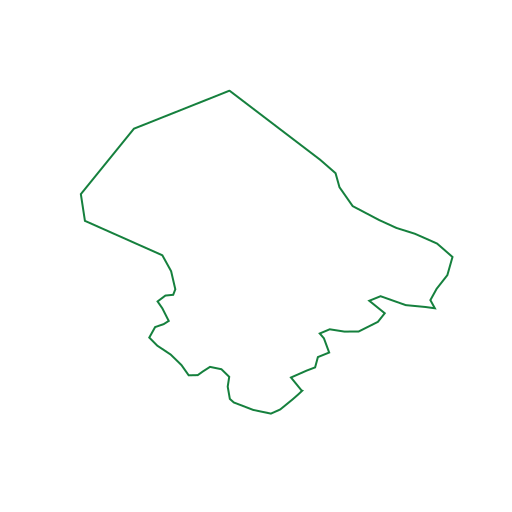 Mariestad, Västra Götaland, Sweden (Robinson projection), rotated 21°
{"feature_id": "70781695B85574102169861", "entity_name": "Mariestad", "entity_type": "district", "adm_level": 2, "iso_a3": "SWE", "parent_name": "Sweden", "parent_adm1": "Västra Götaland", "projection": "robinson", "projection_center": [13.853, 58.786], "detail": "fine", "context": "isolated", "style": "outline", "palette": "green", "viewbox_px": 512, "rotation_deg": 21, "n_neighbors": 0, "source": "geoboundaries", "source_scale": "gbopen_adm2", "svg_char_len": 953}
<svg xmlns="http://www.w3.org/2000/svg" viewBox="0 0 512 512"><g transform="rotate(21 256 256)"><path d="M83.7,284.5L168.3,288.9L182.2,300.6L192.6,316.0L192.6,321.9L185.6,325.4L180.4,333.7L187.3,338.4L197.8,347.9L194.3,352.6L187.3,358.5L185.6,370.4L196.0,375.1L211.7,378.6L225.6,384.6L235.9,391.5L244.3,388.1L247.8,382.8L252.8,376.0L264.3,374.1L274.3,378.4L276.4,388.1L282.8,398.8L287.8,400.7L308.6,400.7L326.4,397.8L333.6,390.6L341.4,377.0L345.0,370.2L347.4,365.2L346.7,365.2L332.2,356.9L344.4,344.8L351.1,338.8L350.0,328.2L358.9,319.9L348.9,308.5L343.3,305.5L351.1,298.0L365.6,294.9L378.9,289.7L393.4,273.8L396.7,263.3L377.8,257.2L386.7,248.9L413.4,248.2L432.4,242.9L441.7,240.7L434.6,234.7L436.4,221.8L441.5,205.3L439.8,186.5L420.6,179.5L396.3,178.3L377.1,179.5L358.0,178.3L328.4,174.8L309.3,161.9L300.6,150.2L281.5,143.2L172.5,111.3L171.9,111.3L171.5,111.6L96.4,180.9L70.3,261.0L83.7,284.5Z" fill="none" stroke="#15803d" stroke-width="2"/></g></svg>